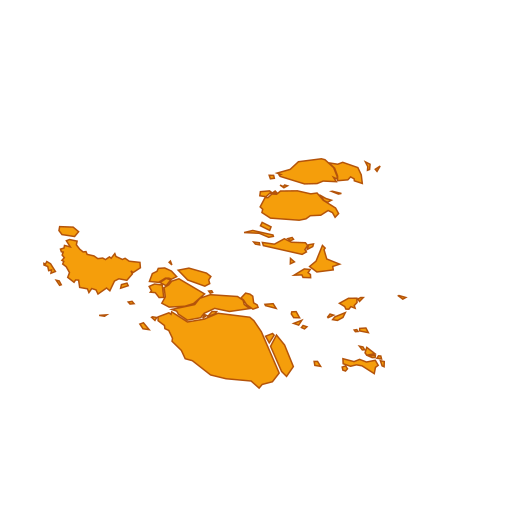 Karimun, Kepulauan Riau, Indonesia (Natural Earth projection), rotated 310°
{"feature_id": "22746128B38340908247842", "entity_name": "Karimun", "entity_type": "district", "adm_level": 2, "iso_a3": "IDN", "parent_name": "Indonesia", "parent_adm1": "Kepulauan Riau", "projection": "natural_earth1", "projection_center": [103.573, 0.836], "detail": "fine", "context": "isolated", "style": "filled", "palette": "amber", "viewbox_px": 512, "rotation_deg": 310, "n_neighbors": 0, "source": "geoboundaries", "source_scale": "gbopen_adm2", "svg_char_len": 6210}
<svg xmlns="http://www.w3.org/2000/svg" viewBox="0 0 512 512"><g transform="rotate(310 256 256)"><path d="M156.5,225.8L146.4,220.1L143.5,222.6L143.9,230.5L141.8,232.9L142.9,237.0L139.3,244.9L136.7,246.5L135.7,259.5L131.8,267.8L134.9,274.5L135.7,297.7L142.7,311.9L157.1,332.6L156.8,343.3L161.6,343.3L170.2,349.4L181.2,349.0L201.4,308.8L205.1,295.9L205.1,290.6L187.7,263.7L174.3,256.9L161.4,245.9L159.0,227.3L156.7,228.4L156.5,225.8ZM145.8,100.9L143.6,107.9L141.0,102.5L138.7,103.8L135.6,101.8L134.1,104.2L135.1,105.8L132.1,106.9L131.5,110.2L127.9,110.1L128.3,112.2L125.6,113.1L125.8,117.5L123.4,123.8L118.6,125.5L118.9,133.5L121.7,133.2L123.5,135.6L118.6,141.1L122.5,148.0L120.6,151.5L125.5,151.1L127.2,155.2L125.3,159.4L135.4,162.1L135.4,166.4L145.9,163.7L150.4,165.6L154.4,172.7L162.7,172.8L164.3,169.8L164.3,172.5L172.7,175.0L176.5,171.2L170.5,162.2L170.1,157.2L167.5,155.9L165.6,149.0L167.1,146.3L161.2,146.5L161.1,144.3L156.5,143.0L155.9,139.9L152.3,136.5L151.9,131.8L148.7,125.6L150.1,122.9L148.0,121.0L147.9,116.6L149.1,111.2L152.4,109.4L148.8,102.6L145.8,100.9ZM308.4,227.7L306.6,225.4L296.3,227.6L296.1,231.1L293.1,232.6L294.3,242.7L311.2,266.1L316.6,270.4L321.8,271.7L328.9,279.4L337.2,282.0L338.4,286.7L336.5,291.7L341.6,292.0L343.9,286.1L341.9,271.7L343.5,262.3L338.8,258.0L332.5,245.8L321.5,233.0L316.5,232.1L313.7,228.3L308.4,227.7ZM344.3,226.5L333.0,218.8L334.4,222.6L332.9,221.7L332.5,223.3L342.4,246.8L350.7,256.2L356.6,259.3L364.5,269.7L366.1,264.8L367.0,268.4L368.9,267.4L373.6,258.7L374.1,246.9L372.5,243.6L355.5,227.9L344.3,226.5ZM160.9,225.8L162.8,230.7L161.6,233.9L162.8,244.7L173.2,253.3L178.8,253.1L189.3,258.0L196.4,271.3L211.6,284.9L211.3,278.1L213.8,274.5L213.1,267.9L197.0,245.9L187.4,240.1L179.4,240.3L160.9,225.8ZM172.7,205.9L166.4,212.8L159.3,214.2L161.0,222.3L171.8,233.8L179.4,238.7L193.9,241.0L189.0,211.6L182.5,207.6L177.8,207.7L172.7,205.9ZM208.6,322.5L196.2,325.2L184.0,349.8L183.4,356.8L195.3,355.7L206.2,335.1L208.6,322.5ZM378.8,259.6L374.3,252.1L373.8,259.8L369.7,267.1L366.1,270.1L373.4,277.4L377.4,277.6L378.2,281.6L376.8,283.0L379.9,290.8L385.8,284.5L389.2,277.2L383.5,262.2L378.8,259.6ZM211.3,234.6L211.1,229.1L203.6,212.4L195.1,205.5L193.7,219.1L200.0,236.2L205.1,238.3L207.3,235.1L211.3,234.6ZM306.8,300.1L290.7,305.3L282.4,303.8L282.9,312.9L295.0,324.1L297.3,321.5L303.5,325.3L299.2,312.1L304.6,304.0L306.5,303.9L306.8,300.1ZM276.9,262.5L270.5,252.2L268.7,255.0L286.9,290.3L291.5,292.0L292.3,289.3L297.3,288.8L297.9,285.3L289.3,274.3L287.4,266.6L276.9,262.5ZM175.9,187.9L168.0,190.7L173.2,198.3L180.8,200.8L183.0,203.5L184.0,206.2L189.2,208.5L190.1,200.9L188.2,193.8L183.7,189.1L180.6,190.0L175.9,187.9ZM243.4,401.8L238.1,399.0L233.2,388.6L229.5,392.0L232.3,399.3L237.2,402.9L240.0,407.8L241.9,422.2L247.5,419.1L250.8,419.9L252.8,414.4L245.8,408.8L243.4,401.8ZM152.3,86.7L148.8,88.7L147.7,93.6L154.3,104.5L160.6,104.5L160.6,97.4L152.3,86.7ZM220.9,271.9L214.2,271.5L214.3,274.6L212.7,280.1L213.3,287.8L218.0,290.6L219.3,288.3L218.6,284.3L223.1,279.4L222.9,275.9L220.9,271.9ZM164.0,193.7L162.2,198.3L160.4,198.3L163.2,202.4L161.9,208.5L165.0,211.9L173.5,202.8L169.3,196.3L164.0,193.7ZM283.0,354.0L273.4,350.3L274.3,356.4L273.1,359.0L274.9,361.3L278.2,361.2L279.7,365.5L281.2,363.1L285.3,363.3L288.5,360.4L283.0,354.0ZM277.1,301.3L265.8,297.5L271.0,303.3L269.8,305.8L274.5,311.8L276.8,309.6L276.7,306.6L280.5,306.2L277.1,301.3ZM114.0,98.3L112.8,99.4L114.1,103.2L111.5,106.6L113.9,108.3L111.0,110.0L115.2,112.3L118.0,103.6L117.3,99.3L114.5,99.9L114.0,98.3ZM308.1,218.0L304.6,220.2L307.8,225.5L314.7,226.5L314.6,224.5L308.1,218.0ZM260.0,355.5L256.5,355.6L259.0,359.8L264.8,362.1L270.0,360.8L260.0,355.5ZM283.0,255.5L273.5,237.1L266.3,231.8L275.5,243.9L278.5,253.7L282.2,256.7L283.0,255.5ZM173.9,199.5L175.5,206.2L182.9,206.1L181.1,201.6L173.9,199.5ZM257.6,409.8L257.2,399.6L251.9,401.8L251.2,404.6L257.6,409.8ZM236.7,329.1L239.2,322.5L236.2,319.3L234.3,320.3L233.0,324.5L236.7,329.1ZM207.3,318.5L200.7,314.9L198.0,322.0L207.0,320.8L207.3,318.5ZM285.7,239.1L282.0,240.0L284.4,250.0L288.0,248.8L285.7,239.1ZM267.2,382.0L265.2,383.5L269.5,391.3L271.5,386.5L267.2,382.0ZM132.5,212.7L129.2,210.8L127.6,216.2L130.9,221.5L132.5,212.7ZM236.2,332.4L228.6,328.2L230.5,333.1L236.2,332.4ZM228.8,305.1L230.5,299.8L224.7,293.9L224.1,295.2L228.8,305.1ZM152.3,174.6L147.6,171.3L144.3,173.0L151.1,177.2L152.3,174.6ZM347.2,277.9L345.0,272.6L344.0,267.2L342.1,272.2L343.0,276.2L347.2,277.9ZM188.1,261.6L185.2,258.0L178.1,257.9L185.6,261.8L188.1,261.6ZM302.2,292.3L298.6,289.2L293.9,291.0L299.7,293.4L302.2,292.3ZM399.6,284.4L398.4,279.3L396.3,284.2L393.3,286.3L395.3,287.4L399.6,284.4ZM214.8,370.9L212.6,368.3L210.0,371.4L213.0,376.4L214.8,370.9ZM229.4,395.3L226.3,393.4L224.4,395.9L225.4,398.5L228.4,398.6L229.4,395.3ZM255.7,418.6L252.9,423.2L253.5,425.3L257.6,422.1L255.7,418.6ZM276.2,289.2L276.3,284.0L272.1,287.3L276.2,289.2ZM288.6,361.7L287.7,364.5L293.1,364.9L291.6,363.0L288.6,361.7ZM254.8,412.5L256.8,411.2L251.7,406.4L252.8,410.3L254.8,412.5ZM234.5,340.5L233.0,336.7L230.4,336.8L231.3,340.0L234.5,340.5ZM358.8,281.2L354.7,272.9L354.1,272.4L356.4,279.3L358.8,281.2ZM258.3,414.0L255.4,414.3L257.8,418.4L259.6,415.9L258.3,414.0ZM404.7,293.3L399.1,291.6L398.6,294.3L404.7,293.3ZM138.6,187.7L138.2,190.4L141.1,193.2L141.6,190.2L138.6,187.7ZM108.8,125.3L110.4,121.2L109.0,118.5L107.3,124.4L108.8,125.3ZM259.1,350.0L255.3,350.1L255.1,350.9L260.6,353.5L259.1,350.0ZM329.1,217.7L326.3,214.2L324.4,217.4L327.3,220.1L329.1,217.7ZM254.0,399.5L255.1,396.4L253.4,393.2L252.4,397.8L254.0,399.5ZM289.8,269.2L290.1,272.7L292.9,274.0L293.4,271.8L289.8,269.2ZM266.9,251.7L268.3,250.0L265.2,245.2L264.7,247.9L266.9,251.7ZM320.5,397.4L317.6,390.9L317.0,390.7L317.3,396.2L320.5,397.4ZM145.1,219.5L142.9,215.8L141.9,215.4L141.7,220.0L145.1,219.5ZM318.1,228.9L314.4,227.9L317.8,231.6L318.1,228.9ZM325.8,228.8L326.2,233.5L330.0,235.0L328.8,232.3L326.7,232.2L325.8,228.8ZM174.1,255.1L178.7,256.4L178.1,254.4L174.1,255.1ZM200.2,246.2L200.9,244.4L198.7,242.3L198.1,244.8L200.2,246.2ZM195.1,197.3L197.1,193.7L195.3,193.5L195.1,197.3ZM263.7,382.6L264.4,380.5L262.4,378.8L261.9,380.8L263.7,382.6ZM114.9,179.4L109.7,174.0L112.5,178.7L114.9,179.4Z" fill="#f59e0b" stroke="#b45309" stroke-width="1.5"/></g></svg>